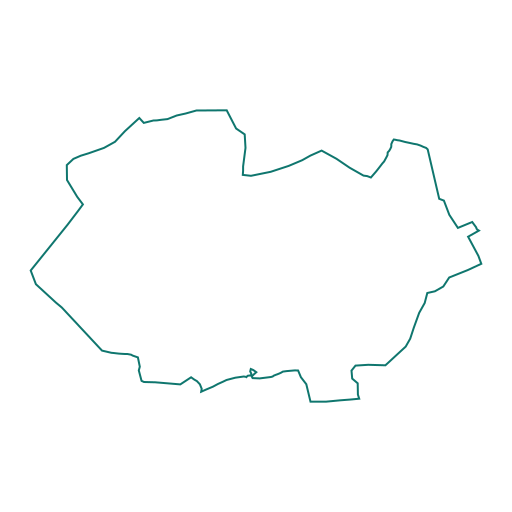 the district of Miga, Jigawa, Nigeria
{"feature_id": "59680162B14319741144045", "entity_name": "Miga", "entity_type": "district", "adm_level": 2, "iso_a3": "NGA", "parent_name": "Nigeria", "parent_adm1": "Jigawa", "projection": "albers", "projection_center": [9.714, 12.229], "detail": "fine", "context": "isolated", "style": "outline", "palette": "teal", "viewbox_px": 512, "rotation_deg": 0, "n_neighbors": 0, "source": "geoboundaries", "source_scale": "gbopen_adm2", "svg_char_len": 2118}
<svg xmlns="http://www.w3.org/2000/svg" viewBox="0 0 512 512"><path d="M359.2,398.7L357.9,394.6L357.7,383.3L352.2,378.6L351.5,370.6L355.5,365.6L368.2,364.8L385.4,365.3L405.7,346.6L410.2,338.7L413.8,327.7L419.2,312.8L424.7,303.0L427.3,293.0L434.9,291.3L443.3,286.5L449.2,277.5L459.2,273.5L467.7,270.1L471.0,268.6L473.1,267.6L481.3,263.8L478.4,255.9L468.1,236.7L478.9,230.6L477.3,229.6L476.5,228.6L476.2,227.4L472.2,222.0L457.9,227.9L449.3,214.8L443.9,200.6L439.2,198.8L427.7,149.4L426.1,147.9L423.4,146.9L420.6,145.6L417.1,144.4L413.6,143.8L409.5,142.9L405.2,142.0L399.6,140.5L397.3,140.2L395.1,139.7L393.8,139.5L392.5,141.4L391.3,144.1L391.3,145.7L391.2,147.0L390.3,148.9L389.2,150.8L387.7,152.4L387.5,155.1L386.4,157.3L385.3,159.3L384.1,161.5L382.4,163.4L380.1,166.4L378.0,169.1L376.1,171.5L370.9,177.5L367.2,176.1L363.5,175.6L349.6,167.7L336.5,158.8L321.6,150.6L310.4,155.6L302.2,160.2L288.7,165.9L270.7,171.8L251.0,175.8L242.8,174.9L243.1,170.8L243.1,166.4L245.5,147.9L244.7,134.4L236.1,128.5L226.7,110.3L196.4,110.5L185.7,113.5L176.7,115.5L167.5,119.1L161.1,119.8L156.8,120.4L153.4,120.5L143.8,122.9L139.3,118.0L124.9,131.2L115.0,141.8L104.0,147.9L88.6,153.3L80.8,155.7L73.4,158.9L66.8,165.1L67.0,180.0L77.2,196.8L82.9,204.4L78.4,210.5L67.5,224.8L30.7,270.5L35.9,284.2L55.8,302.5L61.8,307.5L102.0,350.6L111.4,352.8L113.6,353.0L118.7,353.6L121.6,353.8L125.0,354.0L127.4,354.0L131.1,354.7L132.7,355.6L137.9,357.4L139.8,366.7L138.8,370.4L141.4,380.3L141.6,380.9L144.0,382.0L155.3,382.3L180.3,384.4L191.1,377.3L194.3,379.6L196.9,381.1L199.9,384.3L201.7,388.8L201.2,391.7L206.9,389.2L212.9,386.7L217.9,384.0L223.0,381.7L226.5,380.0L235.3,377.7L243.8,376.5L246.1,376.9L246.4,377.1L247.0,376.4L247.9,375.7L249.1,375.6L251.1,375.3L251.3,373.7L250.2,371.4L250.8,369.0L253.4,370.1L256.3,372.2L253.5,374.7L252.9,375.3L251.7,376.5L252.6,378.1L259.7,378.4L270.9,377.0L272.7,376.5L273.7,375.7L275.6,374.9L277.3,374.3L279.3,373.5L281.2,372.6L282.9,371.6L286.7,371.1L294.8,370.4L298.1,370.5L300.9,377.2L306.3,384.2L310.5,401.7L325.7,401.7L340.4,400.3L350.9,399.5L359.2,398.7Z" fill="none" stroke="#0f766e" stroke-width="2"/></svg>